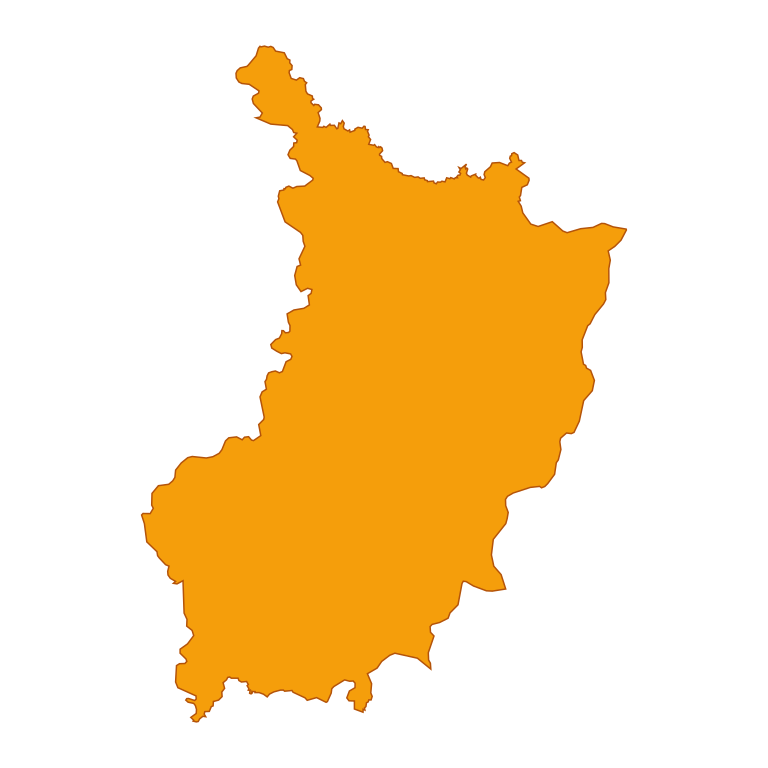 Sanggau, Kalimantan Barat, Indonesia (Albers equal-area conic projection)
{"feature_id": "22746128B74989070523542", "entity_name": "Sanggau", "entity_type": "district", "adm_level": 2, "iso_a3": "IDN", "parent_name": "Indonesia", "parent_adm1": "Kalimantan Barat", "projection": "albers", "projection_center": [110.5, 0.351], "detail": "fine", "context": "isolated", "style": "filled", "palette": "amber", "viewbox_px": 768, "rotation_deg": 0, "n_neighbors": 0, "source": "geoboundaries", "source_scale": "gbopen_adm2", "svg_char_len": 6090}
<svg xmlns="http://www.w3.org/2000/svg" viewBox="0 0 768 768"><path d="M256.0,117.8L270.8,124.1L287.7,125.6L292.5,129.6L293.7,132.5L296.8,133.2L293.6,136.8L297.2,140.2L296.6,142.7L293.8,143.0L293.6,146.5L289.9,150.1L288.0,154.7L290.2,158.4L295.5,159.1L296.9,160.8L300.3,170.5L309.9,175.5L313.2,178.3L312.7,180.1L304.7,186.1L296.8,186.5L292.9,188.2L288.9,186.1L285.9,187.3L285.4,188.7L284.0,188.6L283.8,190.0L279.7,190.8L278.3,196.2L278.9,198.7L277.6,201.9L285.1,221.9L300.5,232.4L302.8,235.4L303.2,241.3L304.9,246.3L299.0,258.8L300.6,265.1L297.1,266.5L294.7,275.5L296.3,284.8L301.0,291.6L307.6,288.3L311.9,289.5L311.1,293.4L308.1,295.6L309.4,304.9L303.9,308.3L293.9,310.0L287.1,313.9L288.4,322.2L290.0,325.6L289.9,331.1L288.6,332.5L285.4,332.8L283.4,330.7L281.9,330.6L281.7,333.6L279.4,338.1L275.6,339.6L270.8,344.5L271.8,348.1L276.7,351.2L281.4,353.6L284.9,352.8L290.6,353.9L292.0,356.4L290.8,359.3L286.1,361.7L282.4,371.5L279.4,372.8L275.4,371.0L271.9,371.7L268.6,372.9L267.1,375.8L266.5,379.3L265.0,381.6L266.4,389.2L262.1,391.9L260.0,396.9L264.2,417.1L263.7,419.5L258.7,424.5L260.8,435.6L253.5,440.6L251.5,440.1L248.6,436.7L244.5,437.2L242.2,439.8L236.6,436.9L228.8,437.8L225.5,440.9L221.9,449.7L219.2,453.3L212.9,456.7L206.3,458.0L192.2,456.5L187.7,457.7L181.2,463.0L175.6,470.1L174.9,477.4L172.7,480.9L168.7,484.3L158.4,485.7L152.0,493.4L151.7,505.1L153.3,508.3L150.2,513.6L143.0,513.5L141.6,515.0L144.4,523.6L146.8,541.9L157.0,551.7L157.6,555.7L159.4,558.1L165.6,564.7L169.0,566.1L167.7,571.3L168.0,575.0L170.3,578.3L175.6,581.4L173.4,583.3L177.0,583.9L183.0,580.7L184.1,613.1L187.0,619.4L186.7,626.1L192.1,630.4L193.7,635.6L187.5,643.9L180.1,649.2L180.1,653.2L186.0,659.0L186.8,661.4L184.9,663.5L179.5,663.7L176.5,665.6L175.6,682.0L177.9,687.7L196.0,695.9L196.2,699.0L194.7,700.5L188.6,698.5L186.8,698.6L185.8,700.1L188.1,702.2L193.7,703.4L195.4,705.6L196.5,709.5L196.2,713.5L190.8,717.4L193.7,720.2L193.1,721.1L196.3,721.9L198.2,721.5L199.7,718.8L202.9,716.3L205.7,716.7L204.2,714.1L204.8,711.6L209.3,711.4L211.3,706.6L213.1,705.9L213.4,701.5L218.6,700.1L222.1,696.6L221.8,692.0L224.6,688.4L223.1,682.7L226.5,679.8L227.7,677.4L229.7,677.0L231.3,678.2L238.1,678.2L238.9,680.5L241.4,682.0L246.6,681.5L248.3,684.5L247.1,685.7L248.8,688.5L248.3,690.2L250.2,690.1L249.6,693.2L250.4,693.7L251.4,693.7L251.9,691.7L252.3,692.4L252.6,691.5L255.1,691.6L255.0,692.6L259.2,692.6L263.5,694.2L267.2,696.9L269.5,694.1L273.8,691.9L280.5,690.1L283.4,690.1L284.6,691.2L292.0,690.5L293.0,692.2L305.0,697.8L307.2,700.3L316.6,697.6L326.1,702.3L327.4,701.6L331.2,693.1L331.8,688.7L333.9,686.5L344.6,679.9L349.6,681.2L353.2,681.0L355.1,683.2L355.0,687.7L349.4,691.0L346.8,697.9L349.0,700.8L354.4,701.0L354.4,709.0L363.0,712.2L363.1,709.3L364.9,710.1L364.5,707.9L365.9,706.6L366.5,702.7L368.2,701.9L368.8,699.9L371.1,699.9L372.2,696.4L370.8,692.9L371.6,683.7L367.4,673.7L377.1,668.1L381.7,661.4L389.7,655.3L394.9,653.2L417.4,658.2L430.8,669.1L430.4,663.2L428.6,660.0L428.3,652.7L434.0,636.0L430.5,632.3L430.1,626.6L432.1,624.4L439.6,622.5L448.1,618.2L450.0,612.9L458.0,604.8L462.0,583.5L463.3,581.2L466.2,581.6L473.5,586.0L486.4,590.8L492.3,591.1L505.7,589.0L501.1,574.6L493.8,566.2L491.4,554.9L493.3,539.3L505.8,523.6L507.2,518.4L508.2,512.4L505.7,505.7L505.5,499.4L507.5,496.3L513.2,493.0L530.3,487.4L539.7,486.4L541.5,487.8L544.8,486.5L547.7,483.6L554.6,474.3L556.3,462.7L558.3,459.9L560.9,449.5L559.8,441.7L560.6,438.2L566.5,433.0L571.3,433.6L574.0,432.4L579.3,421.2L583.7,400.6L592.3,390.7L594.4,380.4L590.6,370.4L586.5,368.1L585.7,365.5L583.5,364.2L581.1,351.8L582.3,347.4L582.2,339.8L587.7,325.7L590.1,323.8L594.8,314.6L603.5,304.0L605.8,299.6L605.4,292.6L608.9,282.8L608.8,268.6L610.3,260.2L608.2,250.9L614.9,246.3L621.0,240.2L626.4,230.0L626.2,229.1L613.2,226.9L604.7,223.6L601.6,223.4L593.0,227.4L580.7,228.7L567.1,232.7L562.8,231.0L552.3,221.7L538.1,226.5L530.8,224.1L522.8,212.9L521.2,206.2L518.2,201.3L520.4,200.7L519.3,197.0L520.5,195.6L521.8,187.4L527.3,184.8L529.1,180.3L528.9,178.2L516.1,169.0L524.6,162.8L522.2,162.2L521.5,160.5L519.0,160.5L517.7,155.0L514.1,152.6L511.8,153.7L511.5,155.7L510.3,156.1L509.7,158.3L511.5,162.1L509.4,163.1L507.8,165.7L499.5,162.5L492.2,163.0L490.4,166.8L484.8,171.7L484.1,174.6L485.3,177.5L483.6,180.0L481.0,179.4L480.3,177.2L479.1,178.2L478.1,177.8L475.6,175.2L475.7,174.1L471.1,176.0L470.7,177.1L467.3,175.1L466.4,173.3L467.7,169.0L466.8,168.0L465.8,169.0L465.0,167.0L466.5,164.1L461.1,168.5L459.0,167.5L460.3,169.9L458.9,172.0L460.6,173.4L459.9,175.1L458.1,175.2L456.8,176.8L457.4,177.7L455.3,177.7L454.3,178.9L450.7,177.6L449.9,178.7L446.7,177.8L445.0,181.9L441.9,181.2L440.5,182.2L437.6,182.0L436.2,183.8L434.0,182.8L433.5,181.1L427.5,181.6L427.3,180.6L424.7,179.8L424.2,177.9L420.2,178.3L418.1,176.9L414.7,177.4L411.0,175.6L408.8,176.0L402.4,174.7L402.2,173.5L398.5,171.7L398.1,168.6L393.2,168.4L391.4,163.5L387.4,161.7L385.0,162.4L381.7,158.5L381.6,156.4L379.6,155.3L379.5,154.1L382.6,150.7L382.0,148.0L380.6,146.8L379.8,147.5L378.8,146.6L378.2,147.6L376.3,146.8L374.6,144.6L373.6,145.3L368.7,144.3L370.6,139.5L368.4,136.8L369.1,135.1L367.5,131.4L368.2,129.7L365.5,129.5L365.1,126.5L364.0,126.2L362.2,128.2L358.0,127.3L354.9,129.1L354.8,130.4L350.1,132.2L349.6,129.9L347.9,131.0L344.0,128.8L343.3,126.5L344.2,123.1L342.4,120.6L340.7,123.7L339.0,122.9L337.8,128.3L336.8,128.8L334.4,125.3L330.4,125.4L329.9,124.1L326.1,127.4L323.8,126.3L322.8,127.4L317.3,126.9L319.8,121.1L320.0,118.3L318.1,112.6L321.4,109.6L321.3,107.9L318.5,104.8L314.6,104.3L313.8,105.5L311.0,102.7L311.0,101.0L313.7,99.2L312.6,98.5L312.3,96.0L307.5,93.9L305.9,91.2L305.3,84.6L306.7,82.8L304.5,81.3L303.4,78.6L299.7,77.7L296.4,80.1L291.2,78.4L289.1,72.7L289.4,70.5L291.8,69.5L292.1,65.6L289.7,62.8L289.9,60.1L287.2,58.7L284.3,52.8L275.6,51.1L273.2,47.5L270.8,46.4L268.2,47.2L264.5,46.1L260.9,46.9L260.0,46.3L258.5,48.1L256.1,55.8L248.2,65.2L246.9,66.4L240.2,67.9L237.2,70.6L236.0,73.3L236.3,78.0L238.9,82.0L241.9,83.5L249.2,84.3L259.0,90.9L258.5,93.2L253.3,96.1L252.2,99.0L253.4,103.5L262.3,113.0L260.0,117.1L256.0,117.8Z" fill="#f59e0b" stroke="#b45309" stroke-width="1.5"/></svg>